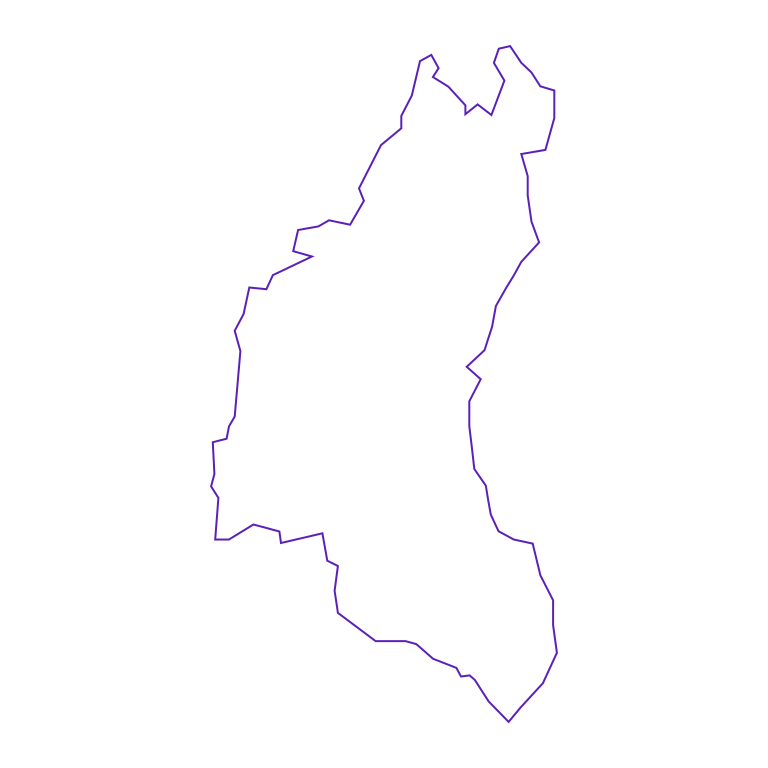 Alevga, Nicosia, Cyprus (Equal Earth projection)
{"feature_id": "46923920B64835616919063", "entity_name": "Alevga", "entity_type": "district", "adm_level": 2, "iso_a3": "CYP", "parent_name": "Cyprus", "parent_adm1": "Nicosia", "projection": "equal_earth", "projection_center": [32.609, 35.152], "detail": "fine", "context": "isolated", "style": "outline", "palette": "violet", "viewbox_px": 768, "rotation_deg": 0, "n_neighbors": 0, "source": "geoboundaries", "source_scale": "gbopen_adm2", "svg_char_len": 1265}
<svg xmlns="http://www.w3.org/2000/svg" viewBox="0 0 768 768"><path d="M519.9,708.3L520.0,708.1L542.9,683.2L556.9,652.8L553.1,625.2L553.1,600.3L540.4,575.4L532.7,543.6L513.7,539.5L498.5,531.2L490.8,514.6L488.3,500.8L485.8,485.6L474.3,469.0L471.8,446.9L469.3,426.2L469.3,401.3L480.7,379.2L466.7,366.8L484.5,350.2L492.1,326.7L495.9,306.0L506.1,288.0L513.7,275.6L521.3,261.8L539.1,242.4L531.5,221.7L527.7,195.4L527.7,176.1L521.3,154.0L545.4,149.9L554.3,118.1L554.3,90.5L540.3,86.3L531.5,72.5L521.3,62.8L510.1,46.1L498.8,48.7L493.9,62.9L504.4,80.6L491.4,115.0L477.6,104.4L465.4,114.2L465.4,105.3L448.4,86.7L432.9,77.0L438.6,68.2L431.3,54.9L420.0,61.1L411.8,95.6L401.3,115.9L401.3,128.3L381.0,145.1L359.0,188.4L363.9,200.8L350.1,224.7L329.0,220.3L318.4,226.4L298.1,230.0L293.2,251.2L311.9,256.5L272.9,275.1L266.4,289.2L249.3,287.5L243.6,314.0L234.7,330.8L240.4,351.1L234.7,416.6L229.0,426.3L226.6,438.7L212.8,442.2L214.4,474.0L211.1,486.4L218.4,497.9L215.2,539.5L229.0,539.5L253.4,524.5L279.4,531.5L281.0,543.0L322.4,533.3L327.3,560.7L337.9,566.0L334.6,590.8L336.8,605.3L337.9,612.9L375.6,641.1L405.4,641.1L416.3,644.1L433.1,658.8L456.4,667.9L461.0,676.5L469.6,675.4L474.8,679.9L488.7,701.5L508.6,721.9L519.9,708.3Z" fill="none" stroke="#5b21b6" stroke-width="2"/></svg>